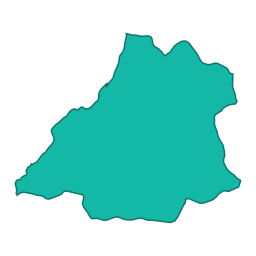 an SVG outline of Benguela
{"feature_id": "AGO-1887", "entity_name": "Benguela", "entity_type": "Province", "adm_level": 1, "iso_a3": "AGO", "parent_name": "Angola", "parent_adm1": "", "projection": "mercator", "projection_center": [13.731, -12.811], "detail": "fine", "context": "isolated", "style": "filled", "palette": "teal", "viewbox_px": 256, "rotation_deg": 0, "n_neighbors": 0, "source": "natural_earth", "source_scale": "10m", "svg_char_len": 2823}
<svg xmlns="http://www.w3.org/2000/svg" viewBox="0 0 256 256"><path d="M17.2,195.1L17.2,194.9L16.3,193.7L16.2,193.1L16.3,192.7L16.6,192.3L16.6,189.5L16.4,188.2L15.6,185.3L15.4,184.0L15.6,182.5L16.2,181.1L17.1,180.1L18.4,179.7L20.2,179.5L20.8,178.9L21.3,178.0L22.5,176.7L23.9,175.9L25.0,175.7L25.9,175.2L26.6,173.6L26.7,172.7L26.5,172.1L26.2,171.5L26.1,170.8L26.3,170.2L27.1,169.3L27.3,168.7L27.8,167.3L30.3,166.0L30.9,165.0L31.1,164.0L31.6,164.0L32.2,164.3L32.6,164.4L34.3,163.3L34.4,163.2L35.9,162.5L36.9,161.8L42.6,154.3L45.1,152.5L46.0,151.6L47.5,149.2L52.8,143.0L54.0,140.6L54.0,138.3L53.2,135.9L52.0,133.3L51.3,130.5L52.4,128.3L56.4,124.1L58.4,122.9L64.1,117.5L66.4,116.2L67.1,115.6L68.6,113.0L69.1,112.3L71.6,110.0L73.1,109.2L74.8,109.0L74.9,109.3L76.8,109.6L77.8,110.2L80.5,107.5L81.6,107.1L83.1,107.3L84.6,108.5L86.1,109.0L89.2,108.4L91.7,106.4L95.6,102.2L97.5,100.8L98.3,99.7L98.6,98.3L98.8,94.6L99.1,92.9L99.8,91.3L101.5,88.7L106.9,83.4L107.5,83.4L107.5,84.0L106.6,84.3L106.0,84.9L105.9,85.6L106.3,86.5L107.7,85.1L109.4,82.3L112.3,79.1L113.1,77.8L115.2,70.8L117.7,65.5L118.7,62.7L119.6,56.5L120.3,55.1L121.5,53.8L122.5,52.3L123.4,50.7L124.1,48.7L125.5,39.9L126.3,37.2L126.5,35.4L126.3,33.5L130.7,34.8L132.9,35.1L135.0,35.1L142.3,36.4L147.3,35.8L149.2,36.1L150.9,36.9L151.9,38.6L152.7,42.8L153.3,44.8L154.5,46.4L158.5,48.8L160.6,50.7L164.8,55.9L170.2,51.9L174.4,46.1L176.2,44.5L180.3,42.0L182.4,41.2L184.5,41.0L186.2,41.2L189.2,43.3L197.5,54.6L199.9,59.4L202.5,63.0L207.7,64.6L210.6,64.5L214.3,63.3L216.4,63.2L218.4,63.8L226.3,67.9L227.8,69.3L228.6,70.9L229.1,72.4L231.0,73.7L232.9,74.0L232.5,85.1L232.7,86.9L235.4,95.5L235.4,97.6L237.0,101.5L235.4,103.9L231.7,104.3L228.7,105.1L226.7,106.0L224.6,107.2L222.9,108.6L221.5,110.8L217.3,113.3L215.5,114.7L214.3,116.6L214.6,120.7L214.4,123.0L214.7,125.4L217.1,131.9L218.0,136.2L220.8,141.6L222.7,144.4L223.1,145.6L224.3,151.1L224.7,155.8L224.1,157.5L223.7,159.1L223.5,161.2L224.0,163.3L225.0,165.5L227.7,170.0L229.8,172.0L234.3,175.3L237.1,178.4L240.6,180.5L238.7,186.9L229.2,191.2L227.3,191.2L223.5,190.7L219.1,193.6L215.8,197.3L213.7,199.1L211.7,200.2L203.2,203.2L199.8,203.2L192.8,200.3L189.4,198.8L188.3,198.6L185.6,199.3L185.4,201.6L185.1,203.1L183.7,204.9L177.7,217.0L175.0,220.8L170.5,222.5L151.5,220.1L148.4,220.2L146.3,219.8L142.0,218.2L140.6,218.1L138.5,218.3L132.0,219.9L127.8,219.9L125.1,219.5L122.8,218.9L120.8,217.9L118.0,217.1L115.8,216.9L106.6,220.1L103.9,220.3L102.6,220.0L99.3,218.8L96.7,218.3L92.4,218.7L90.7,217.9L89.7,216.2L87.3,212.1L84.2,207.9L83.1,205.8L82.5,203.8L82.8,201.7L83.8,197.7L83.7,196.2L82.5,194.7L66.4,191.0L64.1,191.4L62.8,192.6L61.5,194.1L60.0,194.9L50.6,198.6L48.2,199.1L46.1,198.6L42.4,195.9L36.2,195.0L32.0,193.7L24.1,192.2L21.6,192.5L20.0,193.2L17.2,195.1L17.2,195.1Z" fill="#14b8a6" stroke="#0f766e" stroke-width="1.5"/></svg>